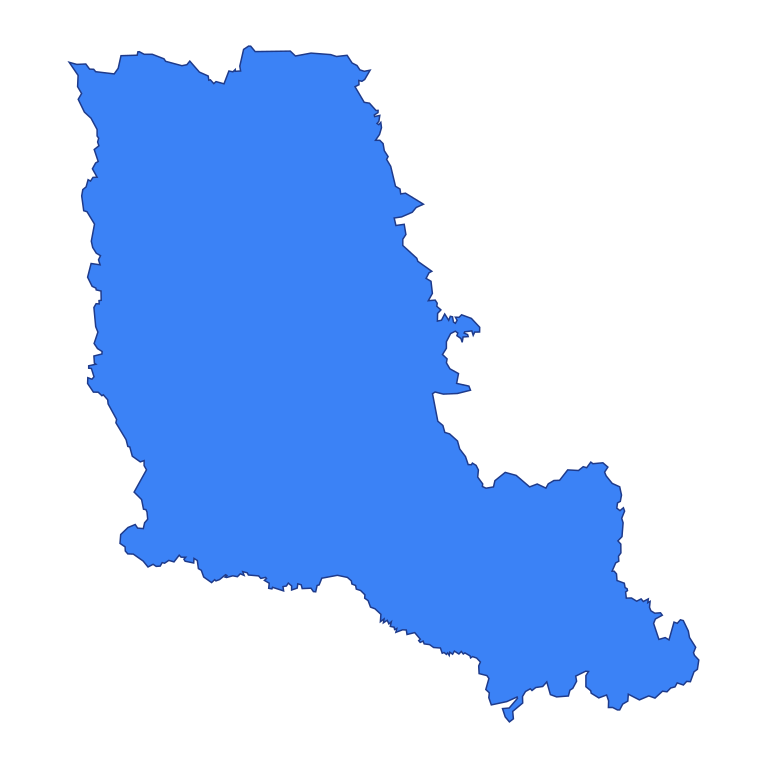 outline of Taungoo, Bago, Myanmar
{"feature_id": "60261553B53825313002023", "entity_name": "Taungoo", "entity_type": "district", "adm_level": 2, "iso_a3": "MMR", "parent_name": "Myanmar", "parent_adm1": "Bago", "projection": "albers", "projection_center": [96.407, 18.81], "detail": "fine", "context": "isolated", "style": "filled", "palette": "blue", "viewbox_px": 768, "rotation_deg": 0, "n_neighbors": 0, "source": "geoboundaries", "source_scale": "gbopen_adm2", "svg_char_len": 6016}
<svg xmlns="http://www.w3.org/2000/svg" viewBox="0 0 768 768"><path d="M690.4,681.7L694.0,671.8L697.4,669.3L698.8,660.0L694.5,655.4L693.5,652.7L695.7,647.3L689.5,637.5L688.3,631.0L683.3,620.6L680.4,619.8L677.3,623.3L674.0,622.1L669.0,639.9L665.2,637.6L658.9,639.4L653.6,623.4L655.4,619.0L662.3,615.2L660.5,612.8L654.8,613.2L650.9,610.8L649.5,607.3L650.1,601.4L647.8,602.7L648.3,598.9L643.3,601.5L641.1,598.9L636.7,601.2L631.5,598.0L626.3,598.1L625.6,592.0L627.5,590.6L627.1,588.7L625.1,587.6L624.3,583.2L617.0,580.5L616.5,573.9L614.2,571.2L612.1,571.2L615.7,562.9L618.8,561.2L618.5,556.2L620.9,552.9L620.8,544.1L617.9,540.9L622.0,536.6L623.1,522.8L621.7,518.3L624.6,511.1L623.4,507.8L620.0,510.6L616.8,508.2L617.5,502.9L620.3,501.4L621.5,495.1L619.7,486.8L612.2,483.4L606.1,475.8L604.6,472.1L607.9,467.1L602.9,462.8L592.9,463.7L590.8,462.1L586.7,467.7L583.2,466.7L578.5,470.5L567.7,469.9L559.6,480.3L553.9,480.5L548.3,483.8L545.9,488.1L537.2,484.0L529.6,486.9L516.2,475.4L505.2,472.4L494.9,480.7L493.5,486.9L486.0,488.2L482.4,486.5L482.7,483.9L477.7,477.1L478.4,470.0L476.1,465.4L472.4,463.1L471.4,464.7L468.2,464.6L465.5,456.6L459.7,449.0L457.5,441.0L449.6,433.9L444.8,432.4L442.9,425.5L437.8,421.2L432.5,393.7L435.1,392.0L443.3,394.1L457.4,393.5L470.5,390.2L468.9,386.1L456.6,383.4L458.5,373.6L449.9,368.8L446.4,362.8L447.1,358.9L442.5,354.5L446.4,348.3L446.4,341.7L450.6,333.6L455.3,331.2L457.8,333.0L456.9,335.7L460.9,338.5L462.2,342.3L463.1,337.0L468.2,336.6L467.6,334.6L464.1,333.1L464.7,331.8L471.8,330.9L473.2,335.3L474.7,332.1L479.6,332.0L479.7,327.3L471.4,318.4L461.6,314.8L459.1,317.3L455.4,317.2L457.1,320.3L455.4,323.3L453.5,322.1L452.5,316.8L450.3,316.3L448.7,320.3L444.7,314.0L441.5,320.2L437.4,321.1L437.6,313.4L440.9,309.9L436.8,306.3L437.2,303.2L435.2,300.1L428.3,300.7L432.4,293.4L431.0,281.3L426.1,278.4L429.0,272.8L431.8,271.3L417.8,261.3L416.8,258.3L402.8,245.5L402.8,239.2L405.9,234.5L404.2,224.3L395.9,225.5L394.2,218.0L401.6,216.9L412.3,212.2L416.2,207.5L423.4,204.2L405.5,193.2L400.7,193.9L400.0,189.0L395.5,186.3L390.7,166.3L386.6,159.4L388.1,156.6L384.3,150.7L383.1,143.6L379.8,140.3L375.5,140.3L379.5,134.5L381.5,127.7L380.8,122.4L378.8,124.7L377.0,123.5L378.9,121.3L379.8,115.4L374.6,116.6L374.3,114.9L378.0,112.6L378.1,110.4L376.0,110.5L369.5,103.2L364.2,102.3L355.0,86.7L359.0,84.7L358.8,80.5L361.9,81.3L364.7,79.5L370.1,70.2L364.3,71.3L359.9,69.9L357.0,65.5L352.1,63.0L347.1,55.3L336.5,56.5L330.7,54.6L311.0,53.1L295.4,56.0L290.3,51.1L255.2,51.6L250.7,46.2L248.6,46.1L243.6,49.4L239.8,66.1L240.6,71.0L235.2,71.3L235.2,69.6L232.9,71.8L228.9,71.0L224.0,83.8L216.0,81.6L213.8,83.6L210.3,79.8L208.8,80.2L208.2,76.0L199.4,72.1L189.8,61.1L186.9,64.7L181.9,65.7L165.6,61.3L164.0,58.8L152.3,54.3L144.2,54.3L139.3,51.7L137.9,51.8L137.2,55.2L121.0,55.7L118.2,68.3L114.2,73.9L95.7,71.7L93.7,69.3L89.6,69.1L85.8,64.0L76.8,64.4L69.2,62.3L78.1,75.4L77.6,86.7L81.6,93.5L78.2,99.3L84.4,112.1L91.0,118.2L97.1,129.5L97.1,136.0L98.7,138.2L97.6,142.0L98.9,145.8L94.2,149.5L98.2,161.5L95.6,163.0L92.4,168.8L97.1,177.2L93.0,177.4L90.5,181.1L88.1,179.7L86.1,186.9L82.8,189.6L81.7,195.9L83.7,210.7L87.0,211.7L94.5,224.1L91.3,241.2L92.7,247.5L96.3,253.2L100.5,255.7L98.5,259.8L100.1,264.8L91.1,263.5L87.6,277.2L92.1,286.3L95.9,288.1L96.2,289.9L101.0,291.0L101.2,300.3L99.0,300.6L99.2,303.9L96.1,303.7L93.9,307.5L95.7,326.7L97.9,332.1L94.1,343.5L97.5,348.6L102.1,351.5L101.9,354.0L93.9,356.0L94.4,363.1L95.9,364.2L88.7,365.8L88.7,368.2L91.4,368.5L94.0,376.8L91.9,379.2L87.8,377.7L87.6,383.5L93.4,392.1L98.2,392.2L101.9,395.7L103.3,394.8L107.7,399.8L108.1,403.9L116.6,419.4L115.9,422.8L126.1,439.7L127.8,446.4L129.8,447.0L132.3,456.2L140.3,461.9L144.1,460.6L144.1,465.6L146.5,469.8L134.1,492.1L141.6,499.6L143.5,509.2L145.9,509.6L147.0,512.0L147.7,519.2L144.6,522.8L143.3,528.6L137.6,528.1L135.2,524.5L128.0,527.5L120.7,534.5L120.0,543.4L125.1,546.9L125.3,551.0L127.8,553.9L133.3,554.1L143.1,561.0L148.0,567.0L153.1,564.3L156.2,566.4L160.2,566.1L162.2,562.6L164.6,563.2L168.8,560.4L174.0,561.9L179.2,555.2L181.1,557.2L185.7,557.2L183.9,559.2L185.1,561.2L193.7,563.0L194.0,558.4L197.3,560.5L198.4,568.6L201.3,570.3L203.7,577.0L211.6,582.6L214.7,579.7L215.9,580.9L219.5,579.6L225.6,574.7L226.9,575.5L225.2,577.1L226.6,577.5L232.8,575.8L237.4,576.7L240.3,573.8L244.1,575.4L242.7,571.6L247.2,572.8L248.4,575.0L258.6,575.9L260.8,578.4L265.6,577.4L266.5,578.5L264.4,580.4L269.2,583.2L268.7,588.3L271.9,588.9L272.5,587.3L283.6,590.9L283.0,586.6L286.4,586.0L288.3,583.1L291.6,585.9L291.6,590.0L297.2,588.1L297.8,583.8L301.2,584.8L302.2,588.6L311.0,588.2L313.4,591.6L315.7,591.8L317.1,585.5L319.1,584.9L321.8,578.2L337.4,575.3L347.4,577.4L351.3,580.8L351.9,584.0L355.6,585.5L356.3,589.1L360.6,590.5L364.9,594.8L364.7,598.2L368.1,600.6L370.5,607.1L375.0,608.8L380.9,614.3L380.4,621.7L384.0,619.0L383.4,622.8L387.2,620.3L388.9,623.9L391.3,621.8L390.3,626.4L394.1,627.2L394.6,629.5L396.8,628.5L395.9,632.3L402.6,629.8L406.3,630.0L407.0,634.5L414.7,632.6L420.3,639.2L418.7,640.6L420.2,642.4L423.1,641.1L424.2,643.9L429.6,644.6L433.6,647.5L440.4,648.0L442.2,653.2L444.1,652.5L446.4,654.4L447.7,652.9L449.2,655.4L449.8,652.2L452.6,654.2L454.4,651.1L458.9,654.0L461.3,651.5L463.3,654.0L464.9,652.9L470.0,655.8L470.6,657.9L472.5,656.6L476.6,658.0L480.4,662.0L478.7,665.9L479.1,673.6L486.9,675.6L488.9,678.5L485.8,689.5L489.3,692.8L488.8,697.7L491.3,704.9L506.8,701.6L517.1,697.0L517.5,698.3L509.2,708.0L502.5,708.6L505.2,716.9L509.4,721.9L513.4,718.8L512.7,711.4L522.7,703.0L522.5,696.5L525.5,691.5L530.3,688.8L532.0,690.5L535.8,687.5L542.7,686.5L546.8,681.9L550.4,694.6L556.6,696.9L568.4,696.0L569.9,690.2L572.8,688.3L576.6,681.2L575.7,676.1L585.7,671.2L588.5,671.5L585.9,675.6L585.9,686.7L590.7,690.7L591.2,693.2L598.8,697.9L606.6,695.0L608.6,700.8L608.4,707.5L612.7,707.5L617.4,709.9L619.7,709.9L622.7,704.1L627.8,701.1L628.3,694.2L639.4,699.9L648.8,695.9L655.0,698.1L662.5,691.2L667.0,691.8L670.7,688.0L675.0,686.9L677.2,682.9L683.4,685.0L686.7,681.4L690.4,681.7Z" fill="#3b82f6" stroke="#1e3a8a" stroke-width="1.5"/></svg>